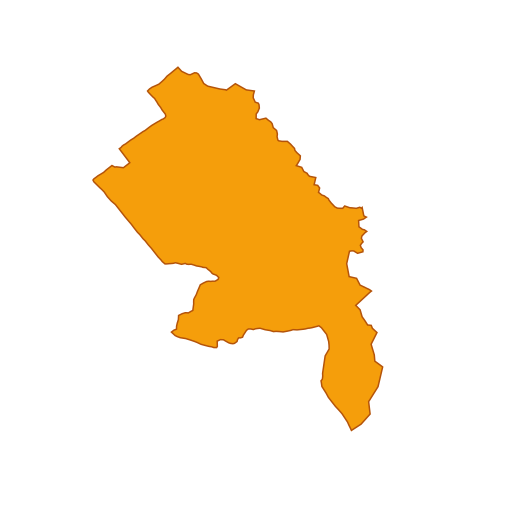 Odeda, Ogun, Nigeria, rotated 232°
{"feature_id": "59680162B82944797684000", "entity_name": "Odeda", "entity_type": "district", "adm_level": 2, "iso_a3": "NGA", "parent_name": "Nigeria", "parent_adm1": "Ogun", "projection": "albers", "projection_center": [3.501, 7.325], "detail": "fine", "context": "isolated", "style": "filled", "palette": "amber", "viewbox_px": 512, "rotation_deg": 232, "n_neighbors": 0, "source": "geoboundaries", "source_scale": "gbopen_adm2", "svg_char_len": 4426}
<svg xmlns="http://www.w3.org/2000/svg" viewBox="0 0 512 512"><g transform="rotate(232 256 256)"><path d="M59.8,223.8L58.8,235.3L61.2,248.6L71.9,255.1L77.9,271.7L90.6,287.5L100.0,284.9L105.2,288.3L115.6,292.4L121.2,304.2L127.4,303.2L130.4,304.1L132.9,301.5L138.2,302.0L142.8,302.2L149.5,304.9L155.7,304.2L157.3,323.4L157.3,325.4L159.4,324.8L169.0,320.1L176.5,321.5L182.4,316.7L194.1,322.7L202.2,332.6L201.0,334.8L199.8,336.1L198.5,336.6L195.6,337.7L193.6,342.6L193.5,342.8L194.9,344.1L197.9,344.0L200.2,344.8L200.9,347.0L201.2,349.1L205.0,349.9L205.9,350.9L206.6,351.9L207.0,354.7L207.2,355.6L207.2,358.4L210.0,357.5L211.4,356.3L215.6,355.1L220.8,358.7L218.9,363.4L218.7,366.9L220.3,366.1L221.3,365.7L228.9,369.5L228.8,368.5L230.5,367.8L231.8,364.4L234.9,361.2L236.3,359.6L240.8,356.7L240.2,353.7L242.1,351.3L243.6,349.6L246.2,348.4L249.6,348.1L251.2,347.9L255.0,347.9L256.7,348.3L259.5,347.3L261.2,346.9L263.7,345.3L265.0,345.1L267.1,344.6L267.6,344.4L270.4,348.0L273.7,348.1L276.4,345.7L281.0,351.4L285.9,347.2L288.8,346.9L289.4,347.3L293.1,345.7L297.7,346.6L302.4,343.4L303.2,345.7L305.0,350.2L307.6,352.6L312.4,351.8L315.3,351.7L317.1,352.6L320.0,352.3L322.9,352.1L327.0,351.3L330.2,347.2L332.8,344.8L333.9,344.6L337.1,346.1L338.9,347.9L340.7,348.8L342.3,349.5L346.5,348.6L350.4,350.2L352.6,350.2L355.5,349.3L358.5,348.7L361.3,342.6L364.2,340.7L367.8,343.6L368.5,346.2L370.5,349.7L373.3,351.5L375.0,351.9L377.7,350.1L382.4,351.2L384.6,353.1L387.0,356.3L392.9,350.6L404.5,345.8L404.9,334.7L405.7,334.4L409.8,330.4L419.6,322.5L424.1,321.0L429.3,321.9L434.8,322.6L436.8,321.9L438.2,320.4L439.3,315.8L440.8,314.3L447.3,311.1L452.8,310.7L452.7,307.8L452.5,300.9L452.5,296.6L452.1,294.7L451.7,292.7L451.4,289.4L451.2,285.4L451.9,282.3L453.0,278.0L453.2,274.9L452.8,272.1L451.4,272.0L447.9,272.3L444.5,272.7L442.6,273.1L440.8,272.9L438.3,272.7L435.6,272.3L431.8,272.3L428.7,271.9L426.4,271.9L423.7,271.9L421.8,271.1L421.5,270.6L421.0,269.6L421.1,267.2L421.6,265.8L421.9,263.0L422.3,260.7L423.1,254.1L423.2,250.6L423.2,248.3L423.2,246.1L423.2,245.9L423.6,243.6L424.0,237.0L424.1,235.5L424.1,232.0L424.2,231.3L424.5,228.9L424.6,224.3L424.6,222.3L425.0,220.0L425.0,218.1L424.6,216.5L424.7,214.3L407.2,214.0L407.2,205.9L412.2,200.9L413.0,199.5L416.0,198.2L416.0,197.9L416.0,195.9L416.0,195.2L416.0,194.7L416.0,193.3L416.0,190.9L415.7,187.5L415.7,187.4L416.1,184.0L416.5,180.9L416.5,178.6L416.6,175.8L416.2,174.3L414.3,173.9L411.2,174.3L405.8,175.0L403.5,175.4L400.0,175.8L394.3,175.4L388.5,175.8L383.1,176.9L375.8,176.9L372.9,176.9L371.9,176.9L367.3,176.9L357.7,177.3L353.1,177.2L348.0,177.2L347.7,177.2L344.3,177.6L339.3,177.6L336.2,178.0L331.2,178.0L326.6,178.3L315.4,178.3L311.6,178.7L309.3,178.7L305.8,179.4L304.6,181.0L303.4,182.9L302.3,184.5L301.1,186.4L300.3,188.3L298.4,189.9L295.3,192.2L293.7,195.7L292.2,196.4L291.0,197.6L289.4,199.9L286.7,201.8L284.8,203.0L283.2,204.5L280.9,206.5L279.7,207.2L278.6,208.4L277.4,209.6L275.1,209.9L273.6,210.3L271.6,210.7L269.7,210.7L268.2,211.1L267.0,211.9L265.1,213.0L262.0,213.4L260.9,211.8L261.3,208.4L261.5,208.0L262.8,206.4L264.0,204.5L265.2,203.3L266.3,201.4L267.1,197.9L267.6,194.4L266.1,191.7L264.2,188.2L262.3,185.1L260.8,181.6L260.0,180.1L258.1,178.5L256.6,177.4L252.0,172.7L252.4,170.8L252.8,167.7L254.8,165.4L256.0,162.3L256.4,160.3L256.8,158.4L253.7,155.7L251.8,153.0L251.8,152.9L249.6,150.2L247.3,148.3L248.1,145.6L248.1,142.5L243.1,143.3L240.8,144.4L239.9,145.0L238.4,145.9L234.2,149.8L230.3,152.5L226.8,154.8L224.1,156.4L220.3,158.3L217.2,160.6L213.7,163.3L211.7,165.2L209.8,166.4L208.1,168.6L208.6,169.9L212.8,173.0L212.0,176.5L211.7,176.8L210.0,178.8L208.1,179.5L204.3,181.1L202.7,182.2L201.1,183.8L200.4,185.3L200.3,188.4L201.5,190.0L202.2,191.9L201.0,193.5L200.3,195.4L201.4,197.3L203.3,202.8L203.2,205.1L201.7,207.0L199.7,208.6L199.3,209.8L198.9,210.9L197.8,212.8L196.6,214.7L192.3,217.8L188.5,221.3L185.7,223.2L184.2,225.5L181.8,228.2L179.5,230.6L177.5,234.4L176.0,237.5L175.2,239.8L172.5,242.9L169.3,248.0L168.2,249.9L167.0,252.6L166.2,253.8L165.0,256.1L162.8,261.2L162.3,262.6L159.2,263.4L153.8,263.4L150.7,263.4L143.8,260.6L140.8,258.7L137.7,256.4L134.7,249.0L133.2,247.4L122.5,236.2L120.1,234.5L119.9,234.2L119.0,233.4L118.0,232.3L117.6,230.4L115.9,229.5L112.6,227.6L104.6,226.8L99.9,226.0L93.8,226.0L91.4,226.0L88.4,226.0L84.2,226.4L78.8,226.7L68.8,225.9L65.7,225.1L64.7,224.9L62.3,224.4L59.8,223.8Z" fill="#f59e0b" stroke="#b45309" stroke-width="1.5"/></g></svg>